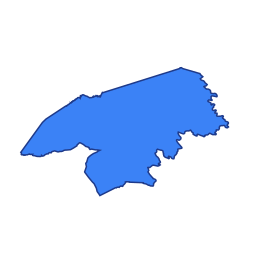 Mazabuka, Southern, Zambia, rotated 106°
{"feature_id": "96606910B8169685936662", "entity_name": "Mazabuka", "entity_type": "district", "adm_level": 2, "iso_a3": "ZMB", "parent_name": "Zambia", "parent_adm1": "Southern", "projection": "equal_earth", "projection_center": [27.75, -15.894], "detail": "fine", "context": "isolated", "style": "filled", "palette": "blue", "viewbox_px": 256, "rotation_deg": 106, "n_neighbors": 0, "source": "geoboundaries", "source_scale": "gbopen_adm2", "svg_char_len": 5679}
<svg xmlns="http://www.w3.org/2000/svg" viewBox="0 0 256 256"><g transform="rotate(106 128 128)"><path d="M177.5,90.6L177.1,88.6L177.0,88.3L176.9,88.4L176.5,87.9L175.9,87.7L174.4,88.1L173.8,87.8L173.0,87.6L171.6,86.7L171.2,86.5L170.7,86.6L170.2,87.0L169.8,88.0L169.7,90.0L169.0,90.5L168.4,91.8L167.2,93.5L166.7,94.5L165.9,95.2L164.8,96.6L164.5,96.7L163.2,96.3L160.5,98.0L160.2,97.3L160.2,96.7L160.0,96.2L157.4,94.4L156.9,93.8L156.7,93.0L156.4,88.9L155.8,87.9L154.6,86.9L154.4,87.3L154.5,88.0L154.5,88.6L154.1,88.9L153.6,88.8L152.7,87.6L152.0,87.4L151.3,87.8L150.4,88.9L149.0,89.8L148.7,90.2L147.9,91.2L147.3,92.7L146.7,93.5L145.1,94.9L144.6,95.0L144.0,94.3L143.2,93.9L142.7,93.9L141.4,94.4L140.3,93.9L140.3,90.4L140.1,89.4L140.4,88.3L140.6,88.0L142.2,87.3L142.6,86.8L143.2,86.8L145.0,85.8L145.8,84.3L145.9,83.5L146.0,81.4L146.2,80.7L146.2,80.3L146.0,80.1L145.6,80.0L144.7,81.2L144.0,81.2L143.9,81.0L144.0,79.5L144.1,78.7L145.0,77.7L145.2,77.1L145.2,76.0L144.8,75.4L142.3,75.6L140.9,75.0L140.7,74.7L140.0,74.4L138.5,74.0L138.3,74.3L137.4,74.2L136.4,73.7L136.2,73.7L135.1,74.2L134.6,74.2L134.4,74.1L132.7,70.8L132.4,70.7L131.8,70.9L128.8,75.6L127.3,77.4L126.4,78.0L126.0,78.0L125.7,77.7L125.5,77.0L125.7,75.8L125.6,75.4L125.3,75.0L123.9,74.2L122.8,74.4L122.4,74.7L121.1,76.8L119.5,78.3L118.1,78.6L118.0,78.3L118.2,77.2L118.4,74.1L118.4,73.4L118.3,73.0L118.1,72.6L117.3,72.1L116.3,72.3L115.6,72.0L114.9,71.3L114.3,69.8L114.0,68.6L113.0,67.6L112.8,67.2L113.2,66.6L113.8,66.1L114.3,65.4L114.7,64.1L115.0,63.9L115.8,63.8L116.1,63.6L116.7,61.1L116.8,60.4L116.7,59.6L116.0,59.5L115.5,59.8L114.9,59.6L114.8,59.3L114.8,58.2L115.1,55.8L115.1,54.1L115.4,53.1L115.4,52.6L115.2,52.2L114.6,51.8L114.4,51.9L114.3,52.3L114.1,52.3L113.4,51.2L113.1,50.9L112.8,49.8L112.1,49.1L110.7,48.3L110.6,48.1L110.5,47.5L111.0,45.3L111.0,44.5L110.5,43.1L110.4,42.1L110.0,41.6L109.4,41.6L109.2,41.9L108.9,42.9L108.8,43.1L108.2,43.2L107.2,42.4L107.1,42.1L107.2,42.4L106.3,42.3L106.1,42.4L105.8,42.7L105.6,42.6L105.2,42.0L105.1,40.8L104.7,40.4L103.6,40.0L102.4,40.3L102.1,40.5L100.7,40.1L100.1,39.2L99.6,37.6L99.0,36.3L99.2,35.5L100.1,35.0L100.6,33.9L100.5,32.7L100.2,32.3L99.8,32.2L99.3,31.7L99.0,31.9L99.0,32.3L98.3,33.3L98.0,33.5L97.5,33.2L96.9,33.4L96.2,32.8L95.4,32.9L95.1,33.1L94.7,33.8L94.6,34.8L94.7,36.0L94.5,36.4L94.0,36.8L93.4,37.1L93.2,37.4L93.2,38.4L92.7,38.8L92.5,39.7L92.1,40.0L91.8,40.0L90.9,39.5L90.5,39.6L90.2,39.9L90.2,40.8L91.2,42.4L92.0,45.0L92.0,45.9L91.6,46.2L90.0,46.2L89.3,46.5L89.3,47.2L89.7,48.1L89.7,48.4L89.4,48.7L88.4,48.7L87.1,48.0L86.5,48.5L86.6,49.2L87.3,50.0L87.5,50.6L87.5,51.3L87.3,51.8L86.7,52.1L85.7,52.2L84.3,51.4L83.4,51.8L82.3,51.1L81.7,51.1L81.5,51.3L81.3,52.0L81.4,53.1L82.8,53.9L82.8,54.3L82.6,54.6L81.3,55.0L80.9,55.8L80.5,58.3L80.0,58.7L79.2,58.4L78.9,58.2L78.5,56.9L78.5,55.3L78.3,54.9L77.8,55.0L76.9,56.3L76.1,56.4L74.9,56.8L74.2,56.4L73.8,55.4L73.5,51.3L72.9,51.1L72.0,51.5L71.1,52.5L70.8,53.4L70.8,54.2L71.3,55.1L71.7,57.2L71.6,57.8L70.8,58.5L69.7,58.8L68.9,59.7L68.5,61.2L68.6,62.0L68.9,63.3L68.6,64.3L68.0,65.1L67.7,66.0L67.2,66.4L66.7,65.9L66.5,65.3L65.6,64.2L64.4,63.9L63.1,66.7L62.3,67.3L61.8,68.5L61.8,70.8L60.8,72.1L58.1,70.2L56.7,73.0L55.9,73.8L55.8,91.8L55.3,93.2L55.7,94.5L56.5,94.6L101.3,162.4L101.2,162.5L104.9,163.2L104.7,163.8L104.9,164.0L105.0,163.9L105.3,163.1L105.8,163.2L105.9,163.5L105.6,164.1L105.7,164.8L105.5,165.6L106.1,165.4L106.3,165.5L106.2,166.2L105.7,166.2L105.6,166.7L105.8,167.0L105.6,167.7L106.5,168.1L106.9,169.0L106.8,169.7L106.9,170.0L107.2,170.0L107.4,169.3L108.0,169.9L107.9,170.5L108.3,170.6L108.8,171.4L109.3,172.9L109.5,173.2L109.1,175.0L108.8,175.7L108.8,178.0L108.4,179.8L108.5,180.5L108.8,181.1L109.5,181.4L109.7,181.9L109.8,181.7L110.1,181.8L110.2,182.0L110.5,181.9L110.6,182.2L110.8,182.0L111.8,182.1L111.6,182.2L111.7,182.5L112.1,182.5L112.0,182.8L112.4,182.8L112.4,184.0L112.6,184.6L113.0,184.9L113.6,185.0L114.0,185.4L114.1,185.7L114.4,186.0L114.6,185.9L115.3,186.8L115.9,186.6L116.1,186.7L116.7,187.8L116.8,187.6L117.1,187.8L117.1,188.3L118.1,188.9L118.4,188.9L118.4,189.1L118.6,189.0L118.9,189.3L119.5,189.5L119.7,189.8L119.6,190.2L119.8,190.1L120.6,190.8L121.5,191.3L121.7,191.7L121.9,191.7L122.0,192.0L122.9,192.5L123.5,193.3L123.9,193.2L123.9,193.6L124.4,194.2L142.0,209.3L146.3,211.8L180.9,224.3L181.0,224.0L181.4,223.5L182.7,223.4L183.0,223.0L182.9,222.7L183.0,222.4L182.7,222.1L182.8,221.3L182.6,221.2L182.6,220.9L182.5,220.4L182.8,220.3L182.5,219.6L182.3,219.5L182.4,219.2L181.8,218.4L181.4,217.1L180.7,216.5L180.5,215.8L180.2,215.6L180.4,214.7L180.0,213.9L179.9,213.3L179.7,212.7L179.9,212.8L180.2,212.2L180.6,212.1L180.6,211.0L180.4,210.5L180.4,207.7L179.7,204.8L179.3,203.8L178.5,203.3L178.2,203.4L178.6,202.4L178.2,201.7L177.5,200.9L176.6,200.5L176.1,199.8L175.2,198.9L175.0,197.9L174.7,197.4L174.1,197.4L173.4,196.9L173.0,195.0L171.8,194.7L170.2,192.2L170.3,188.9L169.9,187.8L169.4,187.3L169.0,185.7L168.1,184.2L167.4,183.7L166.6,182.4L166.1,180.9L164.7,177.3L162.3,174.9L159.2,172.2L158.4,172.3L155.6,170.6L155.4,169.7L156.1,166.5L157.4,163.4L157.3,162.3L157.5,160.2L157.7,159.9L158.4,159.7L159.1,158.6L158.3,157.1L158.0,153.4L157.5,151.4L157.2,149.0L158.7,150.6L159.8,151.3L162.1,154.2L164.2,156.0L166.0,157.3L167.9,158.3L172.3,158.3L173.1,158.7L173.8,158.8L176.7,157.3L182.1,157.6L182.5,157.3L186.4,152.2L189.8,147.2L190.8,145.3L194.5,141.9L197.6,140.1L199.5,137.7L200.7,136.4L188.9,123.6L188.7,122.6L188.2,122.4L187.5,121.1L187.5,120.1L186.5,119.7L185.7,118.8L185.7,117.4L185.5,117.0L184.5,116.9L182.8,115.9L180.6,115.1L180.5,115.4L180.2,115.1L179.4,111.9L179.7,111.8L176.4,98.3L177.0,98.1L176.8,95.0L177.4,92.6L177.1,92.0L177.5,90.6Z" fill="#3b82f6" stroke="#1e3a8a" stroke-width="1.5"/></g></svg>